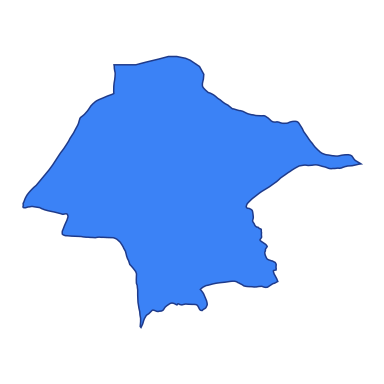 Elabered, Anseba, Eritrea (Natural Earth projection)
{"feature_id": "51966322B85305974839952", "entity_name": "Elabered", "entity_type": "district", "adm_level": 2, "iso_a3": "ERI", "parent_name": "Eritrea", "parent_adm1": "Anseba", "projection": "natural_earth1", "projection_center": [38.593, 15.68], "detail": "fine", "context": "isolated", "style": "filled", "palette": "blue", "viewbox_px": 384, "rotation_deg": 0, "n_neighbors": 0, "source": "geoboundaries", "source_scale": "gbopen_adm2", "svg_char_len": 5994}
<svg xmlns="http://www.w3.org/2000/svg" viewBox="0 0 384 384"><path d="M361.0,163.9L360.1,163.3L359.2,162.8L355.2,160.4L354.0,159.1L352.1,156.3L351.6,155.8L350.2,155.1L348.7,154.8L348.2,154.7L345.2,154.8L343.2,155.0L341.3,155.3L338.7,155.9L337.3,156.1L335.2,156.0L333.7,155.8L332.3,155.7L328.4,155.0L326.5,154.8L325.2,154.5L322.8,153.6L321.7,153.1L320.6,152.3L320.0,151.9L318.9,150.8L317.5,149.6L316.4,148.4L315.4,147.5L313.6,145.3L312.3,143.4L310.4,141.2L308.8,139.0L307.3,136.7L303.6,131.5L302.3,128.6L299.4,124.0L298.5,122.7L297.7,122.0L296.9,121.6L296.1,121.4L295.0,121.3L292.8,121.4L291.3,121.7L290.1,122.0L288.5,122.7L287.2,123.2L284.1,123.3L282.9,123.3L282.0,123.2L280.2,122.7L279.0,122.2L277.5,121.9L276.5,121.9L275.5,122.1L274.6,122.1L273.2,121.9L272.6,121.7L271.3,121.0L270.5,120.2L268.0,117.9L267.0,117.3L265.4,116.2L264.4,115.8L263.5,115.7L261.5,115.8L257.4,115.6L255.7,115.5L253.3,114.9L251.5,114.7L248.3,113.9L246.8,113.3L242.8,111.3L240.2,110.6L239.4,110.6L238.2,110.3L236.8,109.9L233.6,108.9L232.4,108.8L231.4,108.0L230.7,107.4L229.3,106.3L228.2,105.3L225.0,103.6L222.6,101.9L220.1,99.8L218.6,98.9L217.5,98.1L215.6,96.4L213.6,94.9L212.0,94.0L210.8,93.4L210.2,93.1L208.2,92.5L205.4,90.0L203.7,88.2L203.2,87.5L202.8,86.9L202.5,86.2L202.4,85.5L202.4,84.7L202.4,83.6L202.6,82.6L203.0,80.7L203.4,79.1L203.8,74.3L199.5,66.5L190.1,60.2L185.6,58.3L176.8,56.5L168.4,56.5L159.0,59.0L145.7,62.2L135.7,64.8L114.0,64.8L114.3,66.6L114.3,68.1L114.6,70.2L115.1,72.5L115.2,73.9L115.0,76.9L114.7,79.6L114.1,83.1L113.8,86.3L113.7,91.0L113.8,93.5L112.0,94.4L107.5,96.0L102.9,98.0L99.0,99.6L96.8,100.7L95.4,101.6L94.3,102.6L93.0,103.7L90.9,105.9L88.9,108.9L87.5,110.9L84.4,114.4L82.5,116.0L81.0,117.1L80.4,117.7L79.9,118.4L79.7,119.2L79.2,120.8L78.5,123.3L78.1,124.3L77.6,125.4L75.3,129.6L73.6,132.9L70.0,138.4L68.7,141.0L66.7,144.2L63.8,148.6L62.0,151.0L60.9,152.4L59.4,154.6L58.3,156.3L52.7,164.9L50.8,167.5L48.8,170.2L36.2,185.4L33.8,187.4L31.8,189.4L30.1,191.2L28.5,193.1L27.2,194.8L26.3,196.3L25.4,198.0L25.0,198.9L23.8,202.1L23.3,203.1L23.1,203.7L23.2,204.6L23.4,205.1L23.0,206.2L23.1,207.3L23.4,207.6L25.0,207.8L25.8,207.7L26.9,207.3L28.3,206.9L29.2,206.9L32.0,206.4L35.7,207.0L39.7,207.6L42.0,208.8L42.9,209.1L44.7,209.8L48.0,210.7L52.2,211.6L53.8,211.9L57.4,212.8L60.9,213.7L62.0,214.1L63.0,214.3L65.4,213.8L66.5,213.8L67.3,214.3L67.7,215.2L68.0,216.1L67.9,217.2L66.9,220.3L65.6,223.1L64.5,225.6L63.1,229.3L62.3,231.2L62.2,232.8L62.3,234.1L63.0,234.7L64.2,235.3L65.6,235.7L67.0,235.7L71.4,236.1L81.1,236.5L83.3,236.9L86.3,237.2L88.3,237.2L90.0,237.4L92.9,237.5L95.3,237.7L97.3,237.3L99.1,237.1L101.0,237.3L103.4,237.3L104.7,237.4L105.3,237.4L106.5,237.5L109.8,237.6L113.2,237.7L114.5,238.1L115.7,238.6L117.0,239.3L119.2,241.3L119.9,241.9L120.4,242.5L122.1,245.1L123.2,247.0L123.7,248.2L125.4,251.2L126.2,254.2L126.6,256.0L127.5,258.6L128.6,260.7L129.8,264.5L130.9,265.6L132.8,267.8L134.6,270.1L135.7,271.6L136.5,273.8L136.3,279.6L136.4,283.2L137.2,285.4L137.4,287.8L137.7,289.8L137.7,295.3L138.0,302.3L139.0,308.5L139.7,311.5L140.0,315.0L140.6,318.3L140.6,321.7L140.2,326.5L141.0,327.5L142.7,323.9L143.6,320.8L144.4,318.7L145.9,316.1L146.5,315.2L148.9,313.6L152.1,310.4L152.4,310.2L152.8,310.1L153.3,310.1L154.7,310.5L156.6,311.3L157.7,311.5L158.3,311.5L159.3,311.2L160.7,311.1L161.1,311.1L162.2,310.7L162.9,310.3L163.3,309.9L164.0,308.9L164.6,307.9L165.2,307.1L166.1,306.3L166.8,305.7L169.9,303.6L170.4,303.4L171.5,303.1L172.0,303.0L173.7,303.4L174.2,303.5L174.9,303.9L176.6,304.8L177.0,304.9L177.2,304.7L177.6,304.1L177.9,303.8L178.4,303.8L180.1,304.6L180.8,304.7L181.8,304.9L183.8,304.4L185.2,304.1L185.8,304.0L187.7,304.2L192.5,304.4L194.2,304.4L196.0,304.6L196.4,304.7L196.9,305.0L197.6,305.7L198.1,306.4L199.3,308.8L199.7,309.5L200.0,309.8L200.5,310.2L201.1,310.4L201.9,310.5L202.2,310.5L203.2,309.5L205.1,308.4L205.6,308.0L205.9,307.6L206.3,306.9L207.0,305.3L207.2,304.8L207.2,304.0L207.0,302.6L206.5,300.6L206.1,299.7L203.7,294.0L202.8,292.5L201.5,290.8L200.3,289.5L200.9,288.8L201.5,288.3L202.9,287.2L206.0,285.6L208.1,285.2L212.9,283.9L216.3,283.2L220.0,282.7L224.9,282.2L230.4,281.4L232.5,281.2L234.3,281.2L235.4,281.4L236.5,281.7L238.3,282.8L238.9,283.0L239.2,283.0L239.6,283.4L242.2,284.7L243.9,285.9L246.2,286.4L248.3,286.6L252.0,286.7L254.1,287.0L256.5,286.9L258.7,286.5L261.8,286.3L264.0,287.1L265.7,287.4L267.5,287.2L272.8,283.7L274.6,283.2L277.3,281.7L277.8,281.5L276.7,278.7L275.1,275.7L274.2,274.1L273.8,273.0L273.4,271.6L273.4,270.7L273.8,270.4L275.1,270.2L275.6,270.0L276.0,270.0L276.2,268.9L276.0,267.1L276.2,264.7L276.0,263.9L275.4,262.8L275.1,262.4L273.5,261.6L272.5,261.0L271.4,260.8L270.1,260.3L268.8,259.9L267.8,259.4L267.4,259.2L267.0,258.8L266.6,258.2L266.3,257.6L265.6,256.1L265.1,254.7L264.8,253.2L264.8,252.3L264.9,251.9L265.3,251.1L265.4,250.6L265.4,249.5L265.6,248.9L267.0,246.9L267.2,246.4L266.4,245.2L265.7,244.4L265.0,243.9L261.3,241.4L260.4,240.7L260.1,240.3L260.0,239.9L260.1,239.5L260.4,239.1L261.5,237.5L261.6,236.9L261.4,234.7L261.5,232.8L261.5,232.4L261.3,231.7L261.3,229.9L261.2,229.3L260.8,229.0L259.4,228.5L258.1,227.3L257.8,227.2L256.8,227.1L256.3,226.8L255.6,226.2L255.0,225.6L254.7,225.0L254.3,224.0L252.9,221.8L252.7,221.4L252.6,221.0L252.6,220.6L253.2,218.2L253.3,217.2L253.1,215.2L252.8,212.8L252.6,211.7L252.4,210.9L252.1,210.3L251.7,209.9L251.2,209.5L249.1,208.4L247.5,208.3L247.1,208.0L246.7,207.7L246.4,207.2L246.2,206.8L246.5,205.4L247.0,204.1L248.0,202.8L250.3,200.5L252.2,198.7L259.5,193.0L261.8,191.4L269.2,186.9L277.0,181.3L279.0,179.5L280.5,178.0L288.3,172.5L289.8,171.6L292.1,170.0L294.5,168.5L296.8,167.2L299.3,165.9L304.2,165.1L305.8,165.1L308.1,165.5L309.6,165.4L312.3,165.2L313.5,165.0L315.4,164.8L316.8,164.9L318.5,165.2L322.5,166.4L323.9,166.7L325.5,167.1L328.3,168.2L329.7,168.6L331.6,168.7L332.6,168.5L334.9,168.5L337.9,168.1L339.5,168.3L341.7,167.9L342.6,167.4L343.7,167.1L345.0,166.6L346.2,166.4L347.6,166.0L352.2,165.7L356.3,164.8L359.2,164.1L361.0,163.9Z" fill="#3b82f6" stroke="#1e3a8a" stroke-width="1.5"/></svg>